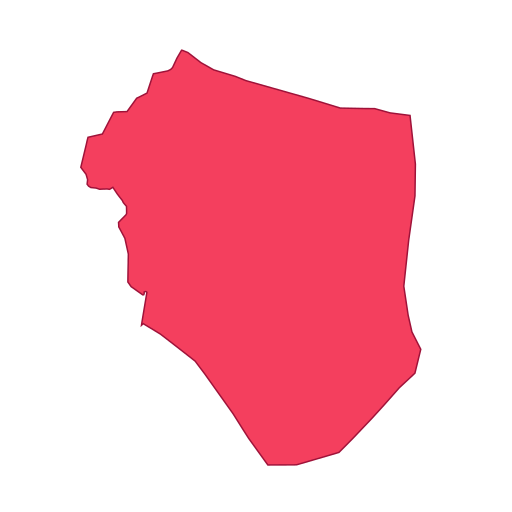 outline of Dar-Tama, Wadi Fira, Chad, rotated 175°
{"feature_id": "50815135B35128958764518", "entity_name": "Dar-Tama", "entity_type": "district", "adm_level": 2, "iso_a3": "TCD", "parent_name": "Chad", "parent_adm1": "Wadi Fira", "projection": "equal_earth", "projection_center": [22.272, 14.447], "detail": "fine", "context": "isolated", "style": "filled", "palette": "rose", "viewbox_px": 512, "rotation_deg": 175, "n_neighbors": 0, "source": "geoboundaries", "source_scale": "gbopen_adm2", "svg_char_len": 1872}
<svg xmlns="http://www.w3.org/2000/svg" viewBox="0 0 512 512"><g transform="rotate(175 256 256)"><path d="M312.2,467.5L313.7,465.4L317.5,460.0L322.7,451.0L322.8,450.9L324.7,449.3L327.7,448.1L332.1,447.6L339.2,446.8L342.3,446.5L343.4,444.1L348.1,433.1L350.2,428.2L350.3,428.0L350.4,427.8L359.4,424.2L359.8,424.1L361.1,423.6L371.9,411.1L382.1,411.7L383.2,411.6L383.5,411.6L385.3,411.5L388.0,407.3L393.2,399.1L398.4,390.9L398.5,390.9L402.9,390.3L413.0,388.9L414.1,385.8L415.4,381.7L421.8,362.6L422.8,359.6L421.0,356.7L418.1,352.1L418.1,351.8L417.1,346.8L417.1,346.6L418.0,342.3L416.7,340.2L414.6,338.6L412.4,338.2L409.3,337.6L406.4,336.3L405.9,336.1L405.7,336.1L404.9,336.1L402.1,336.0L401.2,335.9L398.6,335.8L396.1,335.2L395.6,335.4L393.6,336.4L392.6,336.9L388.9,330.1L386.9,326.9L384.3,322.9L383.6,320.9L382.4,319.1L380.7,316.8L380.9,313.4L381.2,309.6L381.9,308.4L386.5,304.5L390.0,301.5L390.1,298.0L390.2,297.0L387.9,291.7L386.5,288.4L386.1,287.6L385.6,286.2L385.1,285.2L383.0,269.1L383.4,265.2L383.6,263.6L383.9,260.3L384.7,253.0L385.4,246.3L385.9,241.3L385.9,241.2L384.4,238.7L384.2,238.3L384.0,237.9L383.0,236.3L372.5,227.4L371.5,226.8L371.5,226.7L371.3,227.1L370.9,227.8L370.8,228.0L370.6,228.9L370.6,229.3L370.6,229.8L369.7,230.2L369.3,230.2L369.1,230.2L368.3,229.9L367.9,229.4L368.0,228.7L368.6,226.5L368.6,226.4L375.2,200.8L376.1,197.0L374.2,198.4L358.1,186.6L343.8,173.4L325.8,156.6L317.2,142.8L292.6,100.9L283.7,83.6L279.1,74.8L262.4,46.8L236.0,44.6L233.6,44.5L217.5,47.7L190.5,53.1L175.5,65.8L163.5,76.4L154.1,84.7L140.9,96.9L124.7,112.3L107.9,125.4L100.0,148.7L107.3,166.8L109.6,183.8L111.4,213.0L102.5,258.5L92.4,302.0L89.2,333.6L90.3,382.3L90.3,382.6L110.0,386.9L125.0,392.5L133.8,393.3L159.1,396.0L190.5,408.7L250.8,431.6L261.1,436.8L281.9,445.1L294.0,453.4L306.1,464.6L311.4,467.3L312.2,467.5Z" fill="#f43f5e" stroke="#9f1239" stroke-width="1.5"/></g></svg>